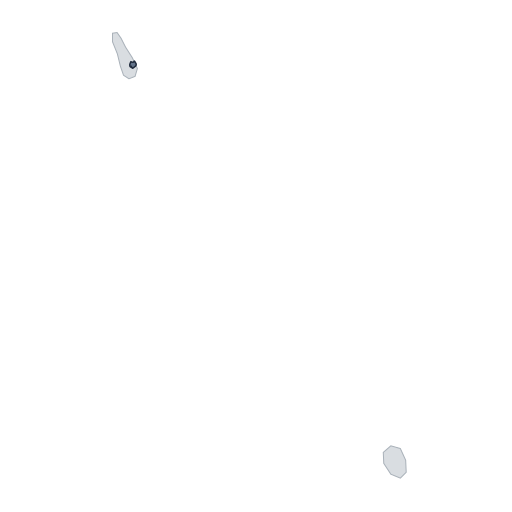 Male', Malé, Maldives shown in context, rotated 322°
{"feature_id": "70690204B12193603739109", "entity_name": "Male'", "entity_type": "district", "adm_level": 2, "iso_a3": "MDV", "parent_name": "Maldives", "parent_adm1": "Malé", "projection": "equal_earth", "projection_center": [73.509, 4.176], "detail": "fine", "context": "in_parent", "style": "filled", "palette": "slate", "viewbox_px": 512, "rotation_deg": 322, "n_neighbors": 0, "source": "geoboundaries", "source_scale": "gbopen_adm2", "svg_char_len": 880}
<svg xmlns="http://www.w3.org/2000/svg" viewBox="0 0 512 512"><g transform="rotate(322 256 256)"><path d="M278.0,35.2L271.3,40.0L265.0,38.1L262.9,32.0L266.0,22.9L271.2,11.4L274.8,-1.1L280.1,-7.9L284.1,-5.6L283.7,1.4L281.8,11.1L280.6,23.6L278.0,35.2ZM241.2,518.9L233.0,519.9L227.9,511.0L229.0,498.1L235.4,489.1L245.4,488.6L251.2,496.6L248.2,509.1L241.2,518.9Z" fill="#d9dde1" stroke="#a8b0b8" stroke-width="1"/><path d="M276.2,32.2L276.9,32.2L277.8,32.2L278.8,31.9L279.2,31.6L279.6,31.2L279.9,30.6L280.0,29.8L280.1,29.0L280.2,28.5L280.2,28.0L280.1,27.9L280.0,27.5L279.7,27.6L279.0,27.8L278.5,27.6L277.9,27.2L277.6,26.9L277.3,26.3L277.0,25.9L275.8,26.5L275.2,26.9L274.7,27.2L274.1,27.8L273.6,28.7L273.4,29.2L273.6,29.9L273.8,30.5L274.1,30.5L274.3,30.3L274.3,30.7L274.4,31.3L274.2,31.8L274.3,32.0L274.9,32.2L276.2,32.2Z" fill="#64748b" stroke="#1e293b" stroke-width="1.5"/></g></svg>